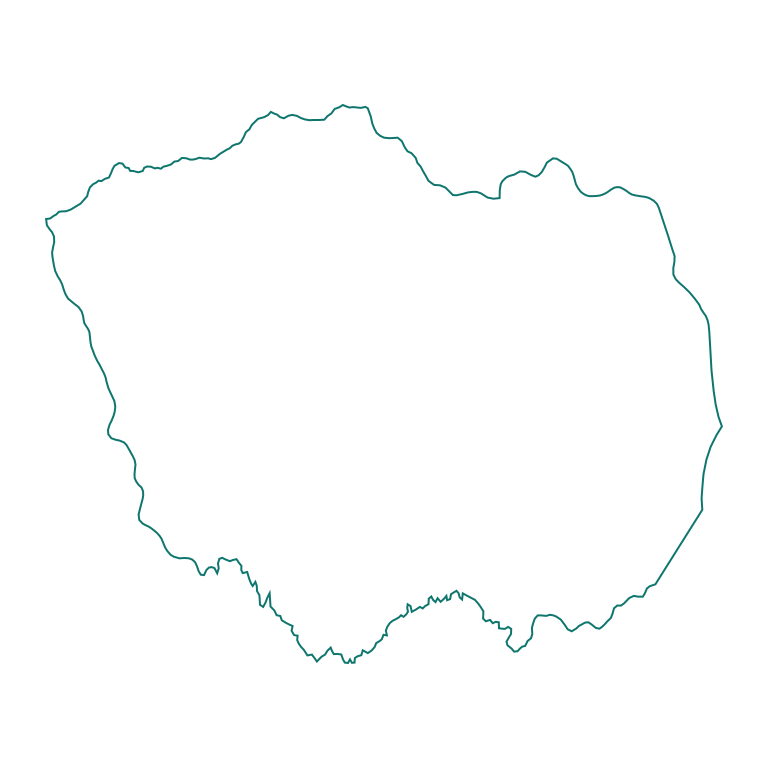 the district of Itanhangá, Mato Grosso, Brazil
{"feature_id": "56859067B93229831473310", "entity_name": "Itanhangá", "entity_type": "district", "adm_level": 2, "iso_a3": "BRA", "parent_name": "Brazil", "parent_adm1": "Mato Grosso", "projection": "equal_earth", "projection_center": [-56.8, -12.144], "detail": "fine", "context": "isolated", "style": "outline", "palette": "teal", "viewbox_px": 768, "rotation_deg": 0, "n_neighbors": 0, "source": "geoboundaries", "source_scale": "gbopen_adm2", "svg_char_len": 5871}
<svg xmlns="http://www.w3.org/2000/svg" viewBox="0 0 768 768"><path d="M721.9,426.4L718.5,416.8L715.7,404.6L713.7,391.2L711.5,370.3L709.9,342.1L709.3,331.9L708.6,324.8L707.6,320.3L705.7,315.8L703.6,312.9L701.1,309.1L699.3,304.8L694.5,298.3L689.2,292.0L684.2,287.2L678.8,282.4L675.8,279.3L673.4,274.6L673.3,268.1L674.4,261.9L674.6,256.0L672.7,250.5L669.9,241.6L668.1,235.9L658.9,208.0L656.9,203.8L653.6,200.6L648.9,197.9L644.8,196.8L641.4,196.4L638.4,195.9L635.0,195.3L631.8,194.5L628.8,192.7L626.2,190.7L623.7,189.2L620.1,187.3L617.2,187.1L614.2,187.7L610.6,189.9L607.8,191.9L605.4,193.4L602.4,194.7L599.8,195.5L597.1,195.9L593.5,196.1L589.0,196.1L585.6,195.1L583.1,193.6L580.7,191.7L578.0,188.1L575.9,184.2L574.8,180.1L573.5,175.4L572.2,171.8L570.1,168.6L567.9,165.7L565.3,164.0L561.9,161.9L556.7,158.7L552.9,158.4L546.8,162.7L544.6,167.2L541.7,172.1L538.7,175.2L535.6,176.7L532.8,175.7L530.1,174.5L525.3,171.8L519.9,171.4L514.3,174.6L508.9,176.1L505.9,177.7L502.3,181.3L500.7,184.3L499.8,190.2L499.6,198.1L493.4,198.7L487.7,197.6L480.8,193.3L476.8,191.9L472.6,191.9L468.5,192.3L462.3,194.0L456.4,195.3L452.8,195.0L449.5,191.6L445.5,187.6L440.0,185.3L434.1,184.9L431.7,183.2L428.4,180.7L425.9,176.1L422.9,170.9L420.6,166.5L417.4,162.9L415.7,157.9L411.5,153.2L407.5,151.3L404.8,147.4L401.8,141.1L397.7,137.7L389.9,138.2L384.1,137.7L380.3,135.9L376.7,133.0L374.3,128.6L372.4,123.8L370.7,116.3L367.8,108.3L365.4,106.9L360.7,107.9L353.5,107.1L349.4,107.5L346.7,106.6L342.8,105.0L339.2,107.3L334.7,108.9L331.4,113.4L327.6,116.0L324.3,119.7L318.7,120.0L313.2,120.0L309.4,120.2L304.8,119.4L300.8,118.0L297.0,115.9L292.4,114.9L288.5,115.7L283.9,118.3L280.0,117.1L277.1,114.6L274.2,113.6L270.9,111.9L268.0,115.1L264.0,117.2L258.0,118.8L255.3,121.5L251.9,124.8L249.4,129.3L245.9,132.1L243.9,136.7L241.0,142.0L238.7,143.7L235.2,144.5L232.3,145.8L229.7,148.3L226.9,149.6L220.0,153.8L215.0,157.9L211.0,159.1L208.1,158.3L204.0,158.5L199.4,157.7L195.7,159.0L193.0,159.6L190.1,159.6L186.4,158.3L182.0,157.9L178.1,161.0L174.3,161.6L171.1,164.4L167.1,165.8L163.3,166.7L161.0,168.7L157.5,167.8L154.9,168.4L150.8,166.7L147.1,166.5L144.2,167.8L142.7,171.0L138.3,172.3L133.3,171.0L130.2,170.9L128.6,168.0L125.4,167.5L122.5,163.6L118.9,163.1L114.5,165.8L112.6,169.1L111.2,172.7L109.0,177.5L105.0,178.8L101.4,181.1L98.5,180.7L96.2,182.6L93.1,184.2L90.0,187.3L88.2,191.9L87.2,196.2L84.4,199.3L80.6,203.6L75.8,206.5L70.9,209.5L66.3,211.2L62.1,211.4L58.9,211.8L56.3,214.5L53.8,215.8L50.1,218.5L46.1,219.0L46.9,225.3L49.6,229.2L52.0,232.1L54.0,236.5L54.2,242.3L53.0,247.5L52.1,252.7L52.5,257.1L53.4,262.4L54.0,265.8L55.2,271.0L57.8,276.5L60.2,280.3L62.1,284.3L63.8,289.8L65.4,294.0L68.1,298.7L72.4,302.2L74.8,304.2L78.5,307.0L81.6,311.4L83.1,316.1L83.6,319.8L84.4,323.3L86.3,326.3L88.1,329.0L89.4,332.0L89.9,336.4L90.5,342.3L91.4,346.9L92.9,350.6L94.2,354.3L95.7,357.7L97.4,361.2L99.5,364.6L101.6,368.8L104.0,373.4L105.6,377.5L106.5,381.7L108.4,388.2L110.8,393.4L112.7,397.4L114.4,401.1L115.3,406.6L114.7,411.7L113.7,415.4L111.7,420.4L109.5,424.9L108.0,430.0L108.3,434.3L111.3,438.2L115.4,439.7L119.6,440.6L124.0,442.4L126.5,445.0L128.8,449.0L132.7,456.0L134.6,460.0L135.5,464.5L134.9,469.9L134.5,474.4L134.7,478.1L136.2,481.5L138.3,484.5L141.5,487.5L143.1,491.4L143.2,495.4L142.6,499.0L140.4,507.2L138.6,514.6L139.3,519.9L142.4,523.3L145.2,525.0L148.5,526.5L151.3,528.3L154.4,530.7L157.2,533.2L159.7,536.0L161.5,538.7L163.3,543.0L165.0,547.2L167.3,551.0L170.6,554.8L173.8,556.7L179.3,558.3L184.6,558.0L188.9,558.3L192.1,559.5L195.1,562.2L197.0,566.3L198.7,571.3L200.8,574.7L204.0,575.1L206.5,569.9L208.9,567.6L211.6,567.1L214.5,568.1L217.2,573.3L218.7,568.4L218.0,563.5L219.3,558.9L222.2,557.8L225.6,559.5L230.0,561.2L232.8,560.0L236.5,559.2L239.3,563.3L241.4,565.8L241.3,570.1L242.7,573.1L247.2,572.0L249.1,578.5L251.0,583.4L252.7,586.0L255.4,581.9L256.8,585.9L257.0,591.0L259.4,595.2L259.8,601.2L260.0,604.8L263.2,606.9L265.6,602.4L267.2,598.0L269.6,593.2L270.0,598.4L270.5,606.5L274.4,610.5L276.6,615.2L280.3,616.0L281.8,620.3L285.9,622.8L289.2,624.5L292.6,626.0L291.6,630.8L294.1,635.1L297.6,635.7L297.2,640.1L298.7,643.5L300.9,646.7L303.8,649.8L307.4,655.4L311.9,654.6L314.4,657.9L316.9,661.5L321.7,656.6L325.2,654.5L327.3,650.9L330.7,647.6L332.1,651.2L333.8,654.1L337.4,653.9L341.3,654.5L343.0,659.4L344.8,662.6L348.0,663.0L350.0,659.4L351.9,662.8L354.5,662.6L354.9,658.0L357.5,656.3L361.3,655.2L362.8,650.3L367.8,653.1L371.6,650.5L374.6,647.1L376.2,643.1L379.5,641.2L381.8,639.3L383.5,634.8L386.9,635.4L385.9,630.6L387.2,627.0L389.7,623.2L392.4,620.9L395.8,619.2L399.0,617.3L401.1,615.2L403.5,616.8L406.2,614.5L408.0,611.7L407.2,607.8L407.7,604.3L410.5,606.1L411.8,611.8L415.7,609.7L419.9,606.9L422.7,608.4L425.1,606.1L428.5,604.2L428.8,598.7L431.3,596.5L433.1,599.9L435.5,602.1L437.6,598.2L440.6,601.8L443.9,598.9L446.4,595.9L447.1,600.2L450.1,599.1L451.0,594.2L454.0,592.3L456.5,590.8L458.6,593.3L459.7,597.4L462.1,599.5L462.8,593.4L468.9,596.7L474.9,599.8L478.3,603.7L480.5,606.7L483.4,611.3L483.1,618.6L485.9,621.3L490.0,619.9L492.8,623.2L495.8,621.8L498.8,622.3L499.0,628.3L502.3,628.7L504.9,628.9L508.1,626.9L511.2,628.9L511.0,634.0L509.1,637.1L506.5,641.7L507.5,645.3L511.6,648.6L514.1,651.6L517.6,651.2L519.9,648.6L522.1,646.7L525.2,645.9L527.6,641.0L531.0,638.3L532.3,634.0L531.9,627.9L533.3,622.8L534.8,618.6L537.7,615.4L541.2,615.4L546.1,615.9L550.0,614.8L553.4,615.4L556.2,616.5L560.8,619.6L564.8,624.9L567.7,629.3L571.7,631.3L576.3,628.5L578.9,626.0L585.1,622.6L588.4,622.3L591.5,624.4L595.8,627.9L599.4,628.7L602.0,626.9L604.6,624.4L607.2,621.5L610.9,617.9L612.7,613.1L614.0,608.3L617.3,605.5L620.9,605.6L623.7,603.7L629.3,598.0L633.8,595.9L638.5,596.7L642.8,596.7L644.9,593.3L646.9,588.5L649.8,586.2L655.4,584.3L679.8,545.5L702.3,509.8L701.6,498.5L702.4,486.8L703.5,474.2L706.4,459.7L710.6,446.9L716.5,435.1L721.9,426.4Z" fill="none" stroke="#0f766e" stroke-width="2"/></svg>